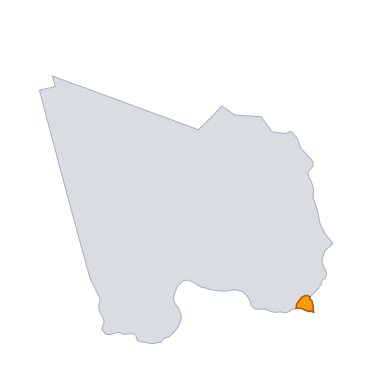 Libya, with An Nuqat al Khams highlighted, rotated 167°
{"feature_id": "LBY-2974", "entity_name": "An Nuqat al Khams", "entity_type": "Municipality", "adm_level": 1, "iso_a3": "LBY", "parent_name": "Libya", "parent_adm1": "", "projection": "equal_earth", "projection_center": [11.821, 32.743], "detail": "fine", "context": "in_parent", "style": "filled", "palette": "amber", "viewbox_px": 384, "rotation_deg": 167, "n_neighbors": 0, "source": "natural_earth", "source_scale": "10m", "svg_char_len": 3622}
<svg xmlns="http://www.w3.org/2000/svg" viewBox="0 0 384 384"><g transform="rotate(167 192 192)"><path d="M69.5,108.3L71.4,107.2L74.0,105.9L75.4,105.0L76.0,104.2L78.0,101.0L79.0,99.2L80.4,96.8L81.0,95.1L81.1,93.6L80.9,91.7L79.8,87.2L78.9,82.8L79.6,81.1L80.2,80.3L81.4,78.2L81.9,77.8L84.5,77.2L85.6,75.8L86.4,74.1L86.6,73.2L87.7,72.3L89.1,71.3L90.0,70.1L92.7,68.2L95.2,66.5L98.2,64.7L100.4,63.3L100.9,62.1L100.9,61.0L99.6,58.6L99.6,55.8L99.7,53.4L99.9,52.0L100.4,48.2L100.4,47.6L102.8,48.9L105.2,49.4L112.3,54.2L114.6,54.8L119.6,55.4L125.5,53.4L127.7,53.1L131.6,54.9L133.3,55.4L136.2,55.6L141.1,57.3L142.4,57.8L145.3,60.5L146.7,61.3L156.9,63.8L158.3,65.4L159.8,68.5L159.9,72.4L160.7,75.2L162.0,78.8L163.6,81.4L165.3,83.6L167.3,84.9L171.8,86.9L176.9,87.6L182.0,87.9L190.8,90.7L198.3,93.8L200.2,95.4L204.0,96.9L211.6,104.4L215.8,107.0L218.7,107.5L221.3,107.0L225.9,104.4L227.8,102.9L232.2,96.4L233.7,93.1L234.2,90.7L234.0,88.3L233.3,86.1L232.0,83.9L231.0,80.9L230.3,75.5L230.9,71.8L231.7,69.6L233.0,67.3L236.7,63.0L240.5,59.9L247.1,55.9L251.1,55.9L252.7,55.4L255.8,52.6L257.1,52.5L258.9,53.2L264.3,53.0L266.7,53.8L269.5,55.5L273.1,56.6L275.7,57.7L278.4,59.1L279.1,62.6L278.9,63.6L278.9,65.0L281.7,67.4L289.7,68.5L291.2,69.2L293.5,71.0L294.9,71.6L300.3,71.8L303.5,71.4L306.5,72.1L307.6,72.7L308.8,74.2L310.4,77.7L311.0,78.9L310.4,79.4L309.6,80.7L309.2,81.7L307.8,83.5L306.7,85.4L307.0,88.2L307.4,91.1L308.3,93.9L309.1,96.9L309.0,99.0L308.5,101.5L307.9,103.5L305.8,107.8L305.5,108.8L305.7,110.3L307.3,115.4L307.5,117.0L308.6,121.9L309.5,126.0L310.5,129.1L310.7,130.0L310.9,134.7L311.1,139.4L311.3,144.1L311.5,148.8L311.7,153.5L311.9,158.2L312.1,162.9L312.3,167.6L312.5,172.3L312.7,177.1L312.8,181.8L313.0,186.6L313.2,191.3L313.4,196.0L313.6,200.8L313.8,205.6L313.9,210.3L314.1,215.1L314.3,219.9L314.5,224.6L314.6,229.4L314.8,234.2L315.0,239.0L315.2,243.8L315.3,248.6L315.5,253.4L315.6,258.2L315.8,263.0L316.0,267.9L316.1,272.7L316.3,277.5L316.4,282.3L316.8,293.1L317.1,303.8L317.4,314.6L317.7,325.4L317.6,325.5L313.6,325.5L309.6,325.5L305.6,325.5L301.6,325.5L301.7,328.2L301.8,331.0L301.8,333.7L301.9,336.4L294.0,331.2L286.2,326.1L278.3,321.0L270.5,315.9L262.6,310.7L254.8,305.6L247.0,300.5L239.2,295.4L231.4,290.3L223.6,285.2L215.8,280.1L208.0,275.0L200.3,269.9L192.5,264.9L184.8,259.8L177.1,254.7L171.8,251.2L166.1,254.6L161.6,257.3L155.8,260.8L149.0,265.4L143.9,269.0L143.6,268.9L143.4,268.8L137.9,262.9L133.7,258.2L131.8,256.9L123.9,254.5L115.9,252.2L107.6,249.7L106.1,245.9L104.4,241.7L102.1,236.4L100.8,233.2L100.3,232.7L93.9,230.1L87.2,227.6L83.3,229.1L82.6,229.0L81.5,228.1L80.4,226.8L79.8,225.0L78.2,222.5L76.8,217.0L76.7,212.6L76.4,211.0L73.0,204.8L69.8,199.2L67.8,195.4L67.4,193.7L67.6,191.7L68.5,189.8L71.6,187.6L74.3,185.2L74.7,183.5L74.9,178.9L74.0,177.5L73.4,174.8L72.7,171.1L72.7,168.8L73.9,164.1L75.4,159.2L74.5,153.8L73.9,143.0L74.4,134.5L74.0,131.4L73.8,130.1L72.9,126.1L71.8,122.0L71.3,120.6L69.9,117.3L67.5,113.1L66.3,110.6L68.0,109.3L69.5,108.3Z" fill="#d9dde1" stroke="#a8b0b8" stroke-width="1"/><path d="M100.7,63.2L101.1,62.9L101.3,62.2L101.3,61.4L100.9,60.6L99.9,59.5L99.6,58.7L99.6,57.6L99.8,55.4L99.7,53.3L100.0,51.9L100.0,50.8L100.0,50.5L100.5,48.6L100.4,47.6L100.8,47.7L101.3,48.0L101.5,48.1L101.7,48.6L101.9,48.9L102.4,49.1L104.3,49.4L104.9,49.7L104.5,49.3L103.5,48.9L103.3,48.6L104.0,49.0L105.7,49.6L109.3,52.2L109.9,52.9L110.5,53.1L111.5,53.9L112.7,54.5L113.4,54.7L116.8,55.2L116.5,55.4L115.7,58.3L115.1,59.5L113.2,60.9L112.4,62.1L111.2,62.7L109.9,63.4L109.5,64.5L105.9,65.5L103.4,65.5L102.5,65.2L101.8,64.2L100.9,63.3L100.7,63.2Z" fill="#f59e0b" stroke="#b45309" stroke-width="1.5"/></g></svg>